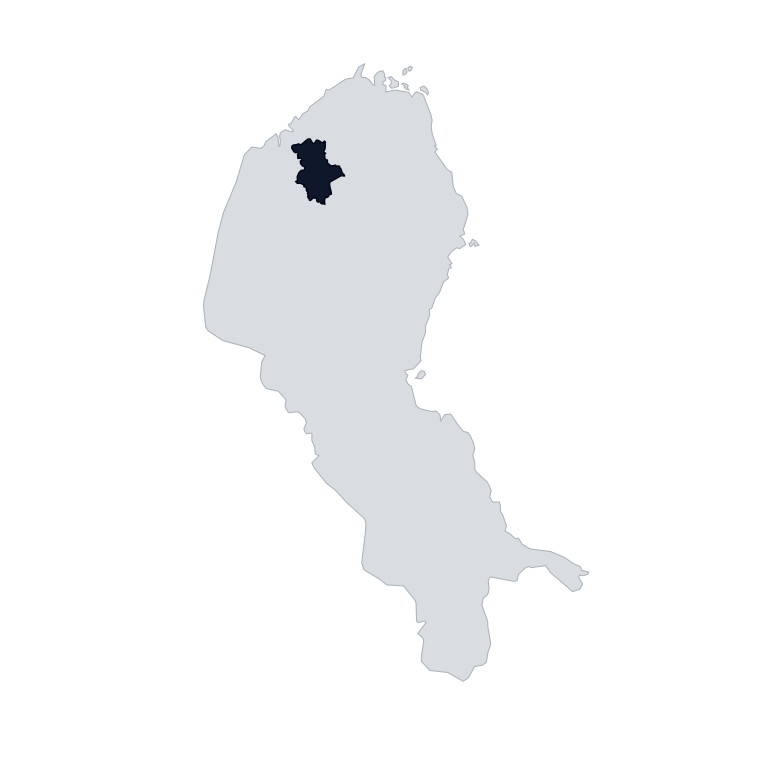 where Päijät-Häme sits in Finland, rotated 159°
{"feature_id": "FIN-3184", "entity_name": "Päijät-Häme", "entity_type": "Province", "adm_level": 1, "iso_a3": "FIN", "parent_name": "Finland", "parent_adm1": "", "projection": "albers", "projection_center": [25.782, 61.243], "detail": "fine", "context": "in_parent", "style": "filled", "palette": "ink", "viewbox_px": 768, "rotation_deg": 159, "n_neighbors": 0, "source": "natural_earth", "source_scale": "10m", "svg_char_len": 6689}
<svg xmlns="http://www.w3.org/2000/svg" viewBox="0 0 768 768"><g transform="rotate(159 384 384)"><path d="M332.4,332.0L330.0,320.8L326.8,311.3L323.1,308.6L322.0,304.9L321.6,297.2L322.4,291.2L326.5,285.6L327.5,277.8L329.9,271.7L328.9,267.6L323.0,256.1L322.3,252.4L322.1,246.1L325.8,240.6L325.0,234.9L318.6,232.5L318.9,229.1L320.9,223.4L320.1,218.5L320.5,207.8L323.8,203.2L320.2,199.3L316.9,192.5L313.8,192.0L312.2,184.7L307.0,177.9L288.4,167.8L277.3,157.0L271.6,148.4L266.2,143.3L266.0,139.0L260.3,135.1L261.6,133.3L266.3,133.5L270.0,135.6L271.5,133.4L270.3,127.0L270.7,125.4L275.3,122.2L282.3,122.6L296.2,148.3L298.2,156.5L312.7,159.9L314.2,161.8L318.2,161.6L326.8,158.0L330.2,152.7L333.3,153.2L353.9,165.8L357.2,163.1L359.2,155.6L360.9,152.3L363.3,149.9L368.1,148.5L371.9,142.3L372.3,125.0L374.1,120.0L377.5,103.0L383.7,95.3L388.2,87.4L392.7,86.3L400.9,87.7L410.4,79.5L416.6,78.1L428.0,91.9L443.8,100.1L448.5,111.6L446.8,116.4L439.0,129.7L438.8,133.2L442.0,138.8L430.3,146.3L431.2,148.2L437.6,148.8L438.5,151.3L432.6,168.0L432.5,170.9L438.1,188.5L453.3,195.4L457.9,203.1L469.4,217.9L468.8,225.2L454.1,253.0L450.8,260.7L450.6,265.5L461.2,286.4L467.1,301.4L473.4,312.2L479.1,330.1L479.7,336.3L470.5,340.3L473.3,343.5L471.4,349.4L471.5,357.6L469.2,363.0L469.8,364.4L474.4,365.3L475.1,368.9L474.8,371.1L470.3,375.5L470.0,379.8L473.0,387.0L475.2,389.3L482.8,391.2L483.9,393.1L484.5,398.4L481.3,403.8L481.5,405.8L485.3,415.1L495.7,422.1L497.2,427.8L497.4,431.6L497.0,435.0L490.2,448.6L484.7,453.1L497.0,466.2L518.9,482.3L529.1,496.7L530.1,500.8L524.9,520.4L522.6,525.8L507.0,548.4L484.5,584.9L472.8,601.2L449.4,625.8L432.2,648.1L422.4,652.7L414.7,648.1L410.9,649.3L407.3,652.6L395.0,656.3L394.5,652.8L396.9,643.4L395.8,643.6L393.7,648.0L392.6,653.1L390.3,655.7L385.2,656.8L380.1,652.7L377.8,652.7L380.3,658.9L380.2,660.7L377.5,660.4L371.9,665.2L370.6,665.2L368.9,661.2L362.9,665.5L357.3,666.3L353.9,669.5L337.2,674.1L332.4,679.6L329.4,678.2L310.6,682.4L302.9,680.9L294.0,689.0L287.4,689.9L294.5,681.4L295.0,678.4L291.5,676.7L289.0,673.6L286.9,666.8L285.5,666.3L283.0,674.6L278.4,677.3L272.9,677.0L272.4,673.3L273.5,669.9L272.7,669.3L273.6,666.7L276.5,666.5L277.3,665.2L277.3,663.6L275.1,661.9L277.6,656.1L268.0,654.3L256.4,647.4L255.2,642.0L249.3,645.4L244.4,641.1L243.8,638.7L243.7,618.7L244.5,613.2L247.9,606.8L249.3,600.2L249.9,588.0L251.6,588.1L250.0,583.9L252.7,583.1L253.2,581.7L248.2,561.9L244.9,557.2L248.6,543.3L248.5,540.1L248.2,536.1L244.1,531.5L243.3,518.9L244.9,512.0L254.4,500.0L255.1,495.0L260.0,494.9L258.0,490.3L257.7,484.9L264.8,483.3L267.3,485.1L273.5,483.4L279.1,479.7L277.4,472.0L280.2,471.8L279.4,470.0L279.6,468.1L281.7,469.0L285.5,463.8L285.8,459.8L291.9,457.9L299.1,449.9L305.5,445.7L312.3,437.6L315.1,437.4L316.7,431.8L324.1,423.6L326.8,417.0L333.6,409.4L340.4,396.1L341.2,392.4L351.1,387.6L360.0,389.1L359.8,385.7L358.5,383.6L362.2,380.1L361.4,374.8L359.3,372.1L361.7,352.0L359.1,347.9L349.2,341.0L345.1,340.3L342.9,335.1L344.1,329.0L338.5,333.6L332.4,332.0ZM263.9,656.8L270.7,657.2L272.3,660.4L269.2,662.3L268.8,664.8L270.3,668.6L267.2,668.5L265.3,664.1L262.2,660.9L263.9,656.8ZM348.8,381.1L345.0,383.0L341.9,381.7L341.9,377.9L347.3,375.4L352.6,378.3L349.9,379.0L348.8,381.1ZM249.7,479.9L249.2,483.2L253.1,481.1L254.6,482.1L254.2,485.0L252.9,484.4L249.6,487.5L247.0,484.4L245.6,479.6L249.7,479.9ZM244.5,645.2L243.9,647.9L239.9,647.9L238.4,645.0L237.9,640.2L239.6,638.3L240.4,640.9L244.5,645.2ZM259.9,657.8L257.7,657.9L254.9,654.7L254.5,653.5L255.8,652.9L255.4,649.5L257.7,651.5L258.8,653.8L257.5,654.2L259.9,657.8ZM254.4,669.2L251.3,671.1L250.2,670.6L250.7,667.1L252.6,665.6L255.6,665.6L254.4,669.2ZM248.2,670.8L245.5,671.3L244.0,669.4L246.6,666.8L248.6,667.2L248.9,668.9L248.2,670.8Z" fill="#d9dde1" stroke="#a8b0b8" stroke-width="1"/><path d="M388.0,584.5L388.0,585.2L388.0,586.1L388.0,586.4L387.9,586.6L386.9,586.4L386.9,586.6L387.0,587.0L387.1,587.7L387.2,588.5L387.2,589.0L387.2,589.5L386.8,589.7L386.5,590.2L386.3,590.9L386.4,591.1L386.8,591.7L386.9,591.9L387.0,592.3L386.9,592.9L386.4,594.3L386.3,594.7L386.5,595.5L387.0,596.2L387.9,596.8L388.0,597.2L387.9,597.4L387.7,597.9L387.3,598.8L387.6,599.1L388.1,599.3L389.6,600.9L390.5,601.6L392.7,602.3L393.3,603.0L393.8,604.6L392.4,605.0L391.7,605.4L391.4,605.8L391.0,607.9L390.4,609.0L387.6,611.8L384.7,613.1L383.8,612.9L382.7,612.0L381.4,612.8L380.7,613.8L380.4,614.6L380.6,615.7L380.9,615.8L381.4,616.2L381.8,616.6L382.1,617.1L382.3,617.6L382.4,618.3L382.6,618.9L382.8,619.2L382.9,619.6L382.4,621.5L382.2,622.0L381.8,622.2L380.6,622.0L380.3,622.1L380.2,623.8L381.2,624.8L383.2,625.3L383.6,625.9L383.4,626.4L382.9,627.2L382.6,628.0L382.6,628.5L382.5,629.1L382.3,629.1L381.8,629.4L381.5,630.0L381.4,630.8L381.7,631.3L383.5,631.6L384.3,632.2L384.8,633.1L385.1,634.4L385.3,635.8L385.4,636.2L385.4,636.7L385.5,637.0L385.3,638.2L384.8,638.9L384.1,639.3L382.7,639.5L380.0,638.8L378.3,638.8L377.5,638.6L377.1,638.2L376.8,637.8L376.4,637.3L375.7,637.1L367.5,639.9L366.4,639.8L365.0,638.9L364.9,637.3L364.6,635.7L364.1,634.4L363.6,633.6L362.6,633.6L360.6,635.3L359.3,635.7L358.6,635.4L357.8,634.7L356.3,632.7L356.0,632.1L355.8,631.6L355.7,631.5L355.4,631.3L352.9,631.9L352.7,631.8L352.5,631.7L352.4,631.8L352.2,631.3L352.1,630.8L352.3,630.2L352.6,629.7L353.9,626.5L354.6,625.3L355.3,624.1L356.2,623.3L356.7,622.9L357.2,622.5L357.2,622.1L357.1,621.7L356.9,621.5L356.4,620.9L356.0,620.6L355.9,620.4L356.3,620.3L356.5,620.2L357.2,619.4L358.2,616.5L358.2,614.9L357.6,614.2L356.9,613.8L356.9,613.3L356.9,613.1L356.8,612.7L357.0,612.1L357.1,611.8L357.4,611.3L357.5,610.6L357.5,610.2L357.2,609.5L356.4,608.7L356.0,607.9L355.9,607.3L355.4,606.6L352.2,605.8L350.9,605.7L350.6,605.2L350.5,604.5L350.1,604.1L349.7,604.2L349.1,604.0L348.5,603.7L348.1,603.7L347.7,603.4L347.6,602.3L347.7,601.6L347.2,600.5L347.2,599.2L347.3,597.8L347.3,596.4L347.1,595.6L346.7,594.7L346.3,593.6L346.1,593.0L346.4,592.4L348.9,593.6L349.2,593.9L361.7,592.0L362.4,591.6L362.9,590.8L363.4,589.4L363.9,587.2L364.6,581.8L365.0,580.3L365.4,580.1L366.9,580.5L367.3,580.3L368.4,579.3L369.2,578.8L370.0,578.7L371.4,578.8L371.9,578.9L371.6,579.4L372.1,579.4L372.5,578.9L373.6,576.9L374.4,574.6L374.6,573.8L374.9,573.1L375.1,573.3L375.3,573.8L375.3,574.4L375.1,574.9L375.2,575.4L375.5,575.5L376.0,575.4L376.3,574.8L376.4,574.3L376.7,574.0L377.8,575.0L378.2,575.5L378.4,576.1L378.8,577.4L379.1,577.8L379.7,577.9L380.3,577.4L380.7,577.9L380.8,578.2L381.0,578.4L381.1,578.7L381.1,579.0L380.9,579.8L380.7,580.4L380.6,580.8L380.5,581.1L380.7,581.6L381.0,581.9L382.2,582.4L383.0,583.4L383.3,583.4L383.5,583.1L386.0,582.0L387.1,581.9L387.5,582.0L387.7,582.7L387.6,583.0L387.6,583.5L387.7,584.0L388.0,584.5Z" fill="#0f172a" stroke="#020617" stroke-width="1.5"/></g></svg>